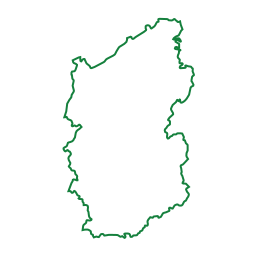 map outline of Penza (Mercator projection), rotated 92°
{"feature_id": "RUS-2373", "entity_name": "Penza", "entity_type": "Region", "adm_level": 1, "iso_a3": "RUS", "parent_name": "Russia", "parent_adm1": "", "projection": "mercator", "projection_center": [44.677, 53.167], "detail": "fine", "context": "isolated", "style": "outline", "palette": "green", "viewbox_px": 256, "rotation_deg": 92, "n_neighbors": 0, "source": "natural_earth", "source_scale": "10m", "svg_char_len": 5748}
<svg xmlns="http://www.w3.org/2000/svg" viewBox="0 0 256 256"><g transform="rotate(92 128 128)"><path d="M18.7,101.5L18.1,101.3L17.8,100.4L17.8,92.8L18.0,92.0L18.8,91.2L18.9,90.8L19.0,88.2L18.7,87.2L17.6,85.9L17.5,85.5L17.8,84.8L18.7,84.0L19.3,83.0L20.2,82.2L20.3,81.3L19.6,79.7L22.9,78.9L27.5,77.0L28.9,78.3L33.4,80.4L33.8,80.8L34.8,83.0L35.3,83.8L36.7,85.4L37.7,85.9L38.0,85.2L36.7,81.8L36.6,80.5L36.9,79.8L38.5,78.6L39.5,78.2L39.8,78.4L39.8,78.8L39.7,79.2L38.6,80.7L38.2,81.9L38.5,82.7L39.4,83.6L40.1,83.5L42.1,80.0L42.5,79.8L46.1,79.7L46.4,79.9L46.5,80.3L45.4,81.9L45.3,82.7L45.8,83.6L46.9,83.9L47.4,83.4L48.0,79.2L48.1,78.5L48.4,78.4L49.6,79.7L51.5,79.8L53.5,80.6L55.0,80.8L56.0,80.5L57.6,78.9L58.1,78.6L60.2,78.9L61.3,78.7L61.5,78.3L61.4,76.6L61.4,76.2L61.7,75.8L62.1,75.6L62.5,75.7L63.1,76.2L64.4,78.0L65.5,78.4L66.0,78.3L66.3,78.0L66.4,77.6L65.9,73.1L65.5,72.5L63.8,72.9L63.6,72.7L63.5,72.2L64.2,70.0L64.5,67.4L64.7,67.0L65.8,66.2L66.2,65.5L66.6,65.3L69.1,65.4L72.1,64.1L72.7,64.0L73.0,64.1L73.9,65.2L74.6,65.7L77.9,66.2L79.2,66.1L79.8,65.5L82.5,64.1L83.5,64.3L84.5,66.1L85.7,66.9L92.6,68.1L96.5,70.3L98.5,71.9L99.8,73.4L100.6,74.7L100.8,75.5L100.8,75.9L100.4,76.5L100.1,76.6L97.9,77.0L97.8,77.3L98.9,77.9L99.2,78.2L99.3,78.5L98.4,79.1L98.2,79.4L98.3,79.9L100.5,81.0L103.4,84.1L105.8,85.2L107.4,85.7L108.3,85.5L111.6,83.5L112.8,83.4L116.2,86.9L118.0,88.1L118.5,88.2L118.8,88.0L119.3,86.8L120.1,86.3L122.7,86.2L123.1,86.4L124.2,88.0L124.9,88.7L126.5,89.6L127.9,90.9L128.9,91.2L130.6,90.8L131.6,88.9L132.6,88.5L135.0,88.7L136.2,88.6L137.1,87.9L137.1,87.5L136.8,86.8L135.3,85.6L134.9,85.0L134.3,83.6L133.3,82.9L133.0,82.5L132.8,81.9L132.7,79.9L132.5,79.4L131.9,78.9L131.6,78.2L131.5,75.0L131.7,73.6L135.2,71.8L137.4,72.3L138.0,72.2L138.2,71.9L138.2,71.1L138.4,70.7L141.2,69.6L142.6,68.0L143.2,67.8L148.4,67.6L151.0,68.6L153.5,68.7L154.6,68.4L156.9,66.9L162.4,71.7L163.5,73.8L164.3,74.1L166.6,73.4L170.0,72.8L170.6,72.9L171.3,73.3L172.7,72.9L173.8,72.1L178.1,70.6L178.9,70.6L180.4,71.4L181.2,71.5L181.6,70.8L181.5,69.6L181.7,68.1L184.7,65.0L186.5,67.5L187.5,67.8L189.6,66.8L191.4,65.2L192.2,64.9L192.8,64.9L194.4,65.4L196.1,66.5L198.1,67.4L198.6,67.7L199.1,68.7L199.9,69.5L202.7,70.8L203.4,71.5L203.7,72.3L203.7,74.0L203.4,74.7L202.8,75.5L202.7,75.9L202.8,76.8L203.4,78.1L203.9,78.8L206.9,80.5L207.0,81.0L206.2,82.9L206.2,83.4L206.3,83.9L207.1,84.2L208.6,83.7L209.4,83.9L210.9,87.0L211.5,89.0L212.1,90.1L215.6,92.0L216.6,94.0L216.4,94.5L215.4,94.9L215.1,95.1L215.0,95.5L215.5,98.9L215.7,99.4L216.6,99.9L216.8,100.4L216.4,102.6L218.8,104.5L220.3,105.2L221.3,105.2L223.2,104.8L224.3,104.9L224.8,105.2L225.0,105.6L224.9,107.5L225.5,107.8L226.6,107.9L227.7,109.4L229.7,110.1L230.0,110.4L231.0,112.4L232.4,112.8L232.9,114.1L234.5,115.1L234.8,115.5L235.0,116.3L235.2,118.9L236.4,119.9L236.7,120.9L236.7,121.4L236.5,121.7L234.3,122.5L233.8,123.0L233.5,124.2L233.6,127.1L233.8,127.8L234.1,128.0L236.0,126.9L236.8,126.7L237.5,127.0L237.8,127.4L237.9,127.7L236.3,130.0L236.9,131.4L236.9,131.9L235.5,134.3L235.3,135.2L235.4,141.9L235.5,143.6L236.1,146.5L236.3,147.9L235.0,149.0L234.8,150.0L234.9,150.6L235.2,151.4L238.0,153.3L238.0,154.1L237.6,155.9L238.5,158.3L237.3,159.1L235.9,159.4L235.5,160.6L235.0,161.2L232.6,161.6L231.8,162.6L231.1,164.0L230.9,165.2L231.1,167.8L231.6,169.8L227.5,169.4L226.3,168.9L224.7,167.0L224.0,166.5L222.2,166.3L221.8,166.1L221.6,165.8L221.6,165.3L221.8,162.8L221.6,162.2L221.2,161.5L220.7,161.3L220.4,161.3L219.3,162.8L218.7,163.3L217.4,163.9L213.2,164.6L211.8,165.4L208.4,165.2L207.1,165.7L206.6,166.7L206.4,167.6L206.6,169.6L204.4,169.8L203.2,170.8L201.1,171.0L200.9,171.2L200.7,171.7L200.6,174.3L200.1,174.9L199.0,174.1L198.0,174.0L197.7,174.3L197.0,176.1L196.6,176.4L195.3,177.1L193.4,178.4L193.0,179.0L192.8,179.5L193.0,179.8L194.3,180.6L194.7,181.3L194.7,181.8L194.5,182.1L193.2,183.2L193.1,183.6L193.2,185.3L185.1,182.6L183.1,181.5L181.7,181.3L181.3,180.6L181.5,179.1L182.1,177.2L182.0,176.7L181.4,176.7L180.0,177.3L178.1,177.1L177.4,177.4L175.8,179.0L173.5,179.5L172.8,179.9L172.5,180.6L172.4,182.4L172.2,182.8L171.8,183.2L170.3,183.9L169.3,185.2L168.4,185.8L166.3,184.6L165.0,184.4L162.0,186.1L160.2,186.5L158.9,186.1L157.0,184.6L156.2,184.2L155.3,184.3L153.7,185.3L153.5,185.6L153.2,186.6L152.2,187.5L152.4,188.2L153.5,189.6L153.4,190.1L153.0,190.6L151.7,191.5L150.5,191.7L149.7,190.9L148.6,189.0L147.9,188.4L144.9,187.5L144.5,186.8L144.0,185.1L143.2,183.3L142.1,182.2L141.1,181.8L139.3,180.7L134.6,180.0L133.0,179.3L131.8,178.2L130.6,176.5L128.6,174.5L126.6,176.2L126.4,176.9L127.7,178.6L128.0,179.3L128.1,180.0L127.3,181.3L127.5,182.0L128.0,182.8L128.2,183.5L128.1,183.9L127.8,184.2L127.1,184.3L126.0,183.8L125.2,183.7L122.9,184.7L122.2,185.6L121.5,187.8L120.9,188.7L119.1,189.7L119.0,190.1L119.4,191.0L119.5,192.0L113.6,190.3L105.8,189.6L101.8,187.5L99.4,185.8L96.8,185.4L93.5,183.5L92.4,183.4L87.7,184.8L82.7,183.9L82.0,184.1L80.8,185.2L80.2,185.4L77.0,185.9L76.8,186.3L76.3,186.4L74.6,186.4L73.6,185.9L73.1,183.5L72.5,182.9L71.4,182.4L67.4,181.2L66.6,181.2L65.7,182.4L65.0,184.3L64.3,185.0L62.3,185.6L59.2,179.7L58.8,178.2L61.8,178.0L62.7,177.8L63.0,177.3L63.1,177.1L63.0,176.9L61.7,176.2L61.0,175.5L60.6,174.6L60.6,173.9L64.9,171.7L67.1,168.8L67.6,168.3L69.1,167.6L69.4,167.2L69.4,166.5L68.2,163.6L63.0,154.5L62.3,153.7L60.3,152.3L59.4,151.1L56.2,145.4L55.1,143.9L54.4,143.4L51.8,142.2L48.4,140.3L47.3,139.5L44.0,134.6L42.0,132.6L39.8,132.0L38.2,132.1L36.7,128.6L37.0,127.8L37.8,127.6L38.5,127.0L38.8,126.4L38.6,125.6L36.8,123.5L31.2,115.2L29.6,113.4L28.8,113.3L27.9,113.8L26.2,113.9L25.6,113.8L25.0,113.2L24.6,111.7L24.9,110.5L25.4,109.8L27.5,108.6L27.7,108.3L27.7,108.0L25.6,105.3L24.4,104.4L21.5,103.0L21.1,102.6L20.8,101.5L20.6,101.2L18.7,101.5Z" fill="none" stroke="#15803d" stroke-width="2"/></g></svg>